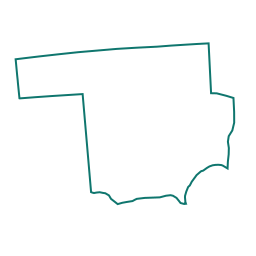 Ajdabiya, orthographic projection, rotated 176°
{"feature_id": "LBY-2983", "entity_name": "Ajdabiya", "entity_type": "Municipality", "adm_level": 1, "iso_a3": "LBY", "parent_name": "Libya", "parent_adm1": "", "projection": "orthographic", "projection_center": [21.402, 29.135], "detail": "fine", "context": "isolated", "style": "outline", "palette": "teal", "viewbox_px": 256, "rotation_deg": 176, "n_neighbors": 0, "source": "natural_earth", "source_scale": "10m", "svg_char_len": 1231}
<svg xmlns="http://www.w3.org/2000/svg" viewBox="0 0 256 256"><g transform="rotate(176 128 128)"><path d="M234.2,165.2L234.3,168.1L234.7,181.3L234.7,182.7L234.9,188.4L235.2,201.0L235.3,204.4L223.7,205.0L211.4,205.6L191.9,206.4L172.4,207.1L153.0,207.4L133.5,207.7L113.5,207.5L93.5,207.1L78.9,207.2L64.3,207.1L53.0,207.0L41.7,206.8L42.7,156.9L37.1,156.4L27.8,153.3L20.7,150.6L21.0,136.6L21.7,125.9L24.1,118.3L28.1,112.8L29.3,107.3L28.8,101.0L29.4,94.7L30.7,87.5L31.5,80.7L36.1,83.9L37.4,84.5L40.3,85.0L43.2,85.1L46.2,84.9L47.9,84.4L49.4,84.0L52.0,82.7L55.7,80.4L56.4,80.1L57.8,79.9L58.5,79.5L62.8,76.3L68.2,69.9L69.7,67.4L70.4,66.3L71.6,65.4L72.2,64.8L74.3,60.5L75.8,56.4L76.0,54.8L75.9,50.0L75.8,49.7L76.1,49.6L76.0,49.2L75.6,48.7L75.5,48.4L77.3,48.3L80.8,49.5L82.2,51.6L84.5,54.9L87.9,57.3L90.2,58.0L94.8,57.8L101.1,56.6L113.4,57.0L116.0,57.1L124.2,56.7L126.2,55.9L128.6,54.8L134.4,54.3L138.9,53.8L143.6,52.8L146.0,55.0L149.9,58.5L151.7,62.1L155.2,64.5L157.5,65.0L160.7,65.9L163.9,65.8L166.5,65.5L167.3,65.8L168.0,66.0L168.6,66.3L169.3,66.6L169.7,91.2L170.1,115.8L170.5,140.4L170.9,165.0L186.6,165.1L202.2,165.2L217.9,165.2L233.5,165.1L233.9,165.1L234.2,165.2L234.2,165.2Z" fill="none" stroke="#0f766e" stroke-width="2"/></g></svg>